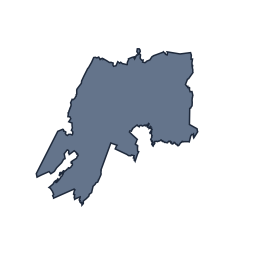 the district of Limbažu pag., Limbaži, Latvia, rotated 114°
{"feature_id": "27541924B16495698294804", "entity_name": "Limbažu pag.", "entity_type": "district", "adm_level": 2, "iso_a3": "LVA", "parent_name": "Latvia", "parent_adm1": "Limbaži", "projection": "equal_earth", "projection_center": [24.723, 57.482], "detail": "fine", "context": "isolated", "style": "filled", "palette": "slate", "viewbox_px": 256, "rotation_deg": 114, "n_neighbors": 0, "source": "geoboundaries", "source_scale": "gbopen_adm2", "svg_char_len": 5858}
<svg xmlns="http://www.w3.org/2000/svg" viewBox="0 0 256 256"><g transform="rotate(114 128 128)"><path d="M222.3,167.4L205.7,152.4L206.1,151.3L207.3,151.5L210.7,150.8L210.8,150.6L210.6,150.3L210.6,149.6L213.3,148.9L213.1,148.6L214.9,147.7L213.4,146.6L210.4,143.7L211.2,143.4L213.5,143.3L213.9,142.9L213.8,142.2L215.0,142.0L215.6,140.8L214.8,140.1L214.9,139.9L217.2,138.7L215.2,138.1L212.8,139.1L209.8,137.5L206.8,136.3L206.3,136.1L204.3,136.4L201.8,135.0L196.0,136.1L195.9,136.2L195.4,136.2L193.0,135.2L190.9,134.9L189.8,133.7L187.6,133.7L187.5,133.9L187.1,133.7L181.6,133.7L180.5,134.1L179.8,134.6L177.6,135.3L177.5,135.6L148.7,137.6L148.2,131.0L149.1,131.2L152.3,131.2L152.6,118.2L153.0,116.3L152.2,114.1L151.3,113.9L150.8,111.1L153.1,110.9L152.9,110.2L155.1,109.0L155.1,108.2L155.3,108.0L148.0,108.7L145.3,108.6L145.3,109.7L145.1,109.9L141.2,111.8L141.1,111.6L140.1,112.1L140.0,114.2L139.7,114.8L136.8,114.8L135.2,115.0L134.6,114.9L132.7,120.7L131.1,125.1L129.8,125.1L129.5,123.6L128.1,123.7L127.4,123.4L127.1,123.6L126.6,123.6L121.6,120.9L122.2,119.6L122.1,118.6L122.3,118.3L120.9,118.1L120.2,117.2L120.2,116.6L120.4,116.0L120.3,115.5L118.7,114.1L119.0,113.1L118.1,112.8L118.2,112.7L117.9,112.0L118.5,112.0L118.6,111.4L115.5,111.1L115.7,110.4L119.2,110.6L119.6,108.6L117.4,108.2L117.5,107.7L119.3,108.0L119.1,107.8L118.7,106.8L118.9,106.8L118.8,106.5L119.4,106.5L119.5,105.5L123.1,106.1L123.1,105.9L123.7,105.7L123.4,105.4L123.6,105.1L123.5,104.7L123.0,104.6L123.6,104.4L123.6,104.5L123.8,104.3L124.8,103.5L125.1,103.2L125.1,102.9L125.3,102.8L126.0,103.0L126.7,102.5L129.2,102.6L129.8,101.5L129.7,101.5L129.8,101.3L130.2,101.5L130.3,101.4L130.0,101.3L130.5,100.6L130.9,100.3L130.7,100.2L130.5,100.5L130.2,100.4L130.6,99.8L131.0,99.9L131.2,99.5L131.6,99.6L131.5,99.4L132.9,99.6L132.9,99.4L133.3,99.4L133.4,99.1L133.1,99.1L133.2,98.9L132.9,98.9L133.0,98.6L134.1,98.4L134.3,97.7L132.5,97.8L132.4,97.5L131.2,97.3L130.3,97.9L129.8,98.1L129.3,98.0L128.9,97.0L128.5,96.5L128.5,95.6L128.2,95.3L127.1,94.3L127.1,94.0L126.8,93.7L126.0,93.3L125.8,93.1L125.4,93.0L125.4,92.7L125.8,92.1L125.9,91.9L125.8,91.6L126.0,91.5L125.9,91.3L126.1,91.0L125.8,90.9L125.8,90.4L125.9,90.1L125.8,89.9L126.1,89.5L126.2,89.0L126.1,88.8L126.2,88.4L125.9,88.2L125.6,86.1L125.2,85.8L124.1,85.7L123.6,85.4L123.5,84.8L122.9,84.3L123.1,84.0L123.8,83.4L123.8,83.1L123.5,82.8L124.0,82.7L123.6,82.3L124.1,81.7L124.6,81.5L124.6,81.0L123.6,80.1L122.9,80.0L122.4,80.1L122.2,79.5L122.6,79.2L122.7,78.6L123.1,78.1L123.1,77.5L123.4,77.3L123.4,76.8L123.1,76.3L123.9,75.6L123.9,75.1L123.2,74.5L120.0,73.9L119.4,73.3L118.3,73.2L118.1,72.9L118.2,72.5L118.1,72.4L118.3,72.2L117.4,70.7L115.9,67.2L115.8,66.4L110.0,67.4L109.3,67.4L107.9,67.0L108.0,66.1L106.9,65.7L108.5,64.8L109.3,64.8L110.3,63.9L103.1,62.8L103.0,63.0L100.6,64.6L99.8,73.3L85.0,79.6L84.2,78.8L83.4,78.9L81.7,78.5L78.6,79.7L76.5,80.8L73.8,81.7L73.5,81.6L71.8,82.2L71.7,82.1L68.7,84.4L69.6,86.0L67.3,88.0L66.4,87.9L66.1,88.5L66.8,89.9L65.6,90.3L66.0,91.2L64.9,93.2L59.3,93.5L58.3,92.7L50.9,91.2L50.3,91.7L48.4,92.5L46.7,93.8L45.7,94.0L45.6,94.5L45.2,94.7L44.5,94.5L44.4,95.1L42.5,96.1L38.8,97.1L39.5,98.3L37.4,99.2L36.2,99.5L35.3,100.1L33.7,101.5L39.2,110.6L42.5,123.2L43.1,122.5L45.3,121.9L45.4,122.1L45.4,123.4L45.3,123.8L44.5,124.5L44.7,124.9L44.0,126.7L44.6,126.8L45.4,127.7L51.4,133.9L53.2,135.1L56.9,135.7L59.4,138.1L61.0,138.7L61.4,139.1L61.6,139.9L61.9,141.4L59.8,141.8L60.5,142.9L59.7,144.8L59.0,145.4L56.1,146.3L55.9,146.6L55.8,147.4L54.7,148.2L53.3,147.9L51.8,148.8L51.1,150.0L51.9,151.7L54.6,151.0L55.7,149.4L56.7,148.6L57.4,148.9L57.7,149.7L58.2,149.9L60.7,149.9L60.9,150.1L61.2,149.9L62.2,150.0L61.6,150.6L61.5,151.2L60.4,151.2L61.8,153.0L64.6,155.7L65.1,155.3L68.2,155.3L69.8,154.8L70.3,154.5L70.5,154.6L71.2,158.2L71.5,159.3L70.9,161.4L72.2,162.0L71.6,164.3L76.0,164.3L77.5,166.2L76.7,167.3L74.7,168.0L74.9,169.5L74.8,169.8L75.3,171.0L75.5,171.0L75.7,171.8L75.2,174.7L74.9,178.0L75.3,178.4L74.8,178.5L74.8,179.9L75.6,180.3L75.6,180.8L76.8,181.3L75.1,183.6L76.6,184.9L76.7,186.6L77.6,188.0L82.9,188.0L89.0,188.6L90.0,189.0L98.4,189.4L103.9,189.5L106.1,188.8L113.0,190.4L114.2,190.3L117.7,188.7L118.3,188.8L118.3,188.6L119.4,188.6L120.0,188.3L121.0,188.6L122.7,188.7L124.5,189.7L124.5,190.7L128.4,190.7L129.3,189.7L130.9,189.1L132.7,189.0L133.5,189.1L133.8,188.8L134.5,189.0L135.3,188.8L136.2,188.9L137.1,188.6L138.2,188.7L138.4,188.6L138.7,188.8L138.9,188.4L142.1,187.5L141.4,185.7L142.8,184.0L146.4,184.7L146.2,181.2L148.7,180.0L150.6,178.8L153.2,178.8L153.4,177.9L154.0,176.8L155.9,176.1L157.1,176.3L157.1,177.8L157.9,179.6L159.5,180.3L159.5,180.5L159.4,181.0L159.5,181.5L158.4,183.1L157.0,183.1L156.7,184.8L157.0,185.5L155.7,186.4L155.7,187.1L159.6,190.8L207.0,193.2L209.9,191.1L206.0,187.9L199.9,182.4L201.2,179.9L198.2,178.0L197.4,177.6L193.3,177.0L186.7,174.5L182.8,174.1L181.6,173.0L177.5,175.8L172.7,174.6L172.7,173.5L172.8,173.2L173.4,172.5L175.0,172.2L175.0,171.9L176.1,170.9L170.7,167.9L171.6,164.8L172.4,164.6L172.7,164.0L172.2,163.5L173.6,162.3L174.6,162.8L176.6,162.7L180.9,165.6L182.1,166.1L182.0,165.4L182.4,165.3L183.0,165.5L183.3,165.4L183.0,164.7L183.1,164.4L184.2,163.8L184.7,163.7L185.7,164.1L187.1,164.3L188.7,165.2L188.7,165.5L188.4,165.9L188.5,166.3L189.7,166.3L190.7,167.1L191.7,167.3L193.1,168.2L194.3,168.6L194.9,169.2L195.0,169.6L194.1,169.5L192.9,168.9L193.4,169.6L195.0,169.9L195.4,170.2L195.7,170.6L196.0,171.5L196.4,172.0L196.7,172.0L197.4,171.8L199.1,171.6L199.3,171.3L199.0,171.0L197.9,170.7L196.6,170.1L195.8,168.7L196.2,168.6L198.8,168.8L199.8,169.4L201.2,169.4L202.9,169.8L206.7,171.1L207.1,171.5L207.0,171.8L206.6,171.9L204.4,171.5L203.3,171.1L203.0,171.2L202.9,171.4L205.3,172.0L205.7,172.4L205.6,172.7L207.1,173.4L209.8,173.7L214.5,176.0L214.6,174.5L216.5,171.4L217.6,170.2L218.9,168.9L220.5,169.3L221.8,167.6L222.3,167.4Z" fill="#64748b" stroke="#1e293b" stroke-width="1.5"/></g></svg>